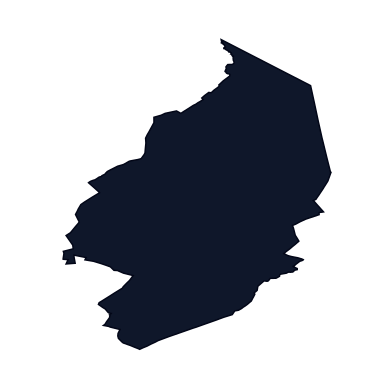 outline of Matīšu pag., Burtnieku, Latvia, rotated 348°
{"feature_id": "27541924B27185019990533", "entity_name": "Matīšu pag.", "entity_type": "district", "adm_level": 2, "iso_a3": "LVA", "parent_name": "Latvia", "parent_adm1": "Burtnieku", "projection": "equal_earth", "projection_center": [25.147, 57.72], "detail": "fine", "context": "isolated", "style": "filled", "palette": "ink", "viewbox_px": 384, "rotation_deg": 348, "n_neighbors": 0, "source": "geoboundaries", "source_scale": "gbopen_adm2", "svg_char_len": 5530}
<svg xmlns="http://www.w3.org/2000/svg" viewBox="0 0 384 384"><g transform="rotate(348 192 192)"><path d="M117.9,153.1L117.4,153.2L116.4,153.5L114.7,154.0L113.9,154.2L113.1,154.5L113.1,154.9L112.4,155.2L111.6,155.5L111.1,156.0L110.7,156.4L110.4,156.5L109.8,156.7L107.3,157.3L106.6,158.0L105.4,158.0L104.0,158.2L101.4,159.3L99.9,159.8L99.1,160.0L97.9,160.0L96.7,160.2L96.1,160.3L95.9,160.3L95.7,160.3L94.6,160.6L93.3,161.1L93.1,161.2L92.7,161.4L97.2,167.4L101.5,173.4L101.5,173.5L95.7,175.5L93.1,176.4L84.7,179.5L80.7,181.2L77.2,185.0L75.6,187.2L75.1,187.7L73.4,189.8L74.6,194.5L75.5,197.9L73.9,199.3L71.0,201.5L65.1,206.2L64.9,206.5L64.3,206.7L59.8,208.4L64.1,218.6L64.3,219.3L64.3,219.6L64.0,222.9L53.8,223.3L54.0,225.4L52.1,230.4L52.0,231.0L56.7,232.4L53.9,236.2L60.0,237.0L62.9,237.4L63.1,230.7L63.4,229.2L74.8,234.1L73.2,236.1L81.3,239.3L88.2,243.1L92.4,245.6L96.6,248.2L99.4,252.4L103.1,253.4L103.3,253.7L108.1,257.1L117.1,261.5L115.9,262.5L113.7,264.5L112.4,265.6L109.2,267.6L105.9,269.8L104.9,270.5L104.3,271.2L103.9,271.6L101.1,272.6L95.5,274.6L90.2,276.6L85.0,278.5L80.1,280.3L78.2,280.9L77.1,282.5L80.3,285.9L80.3,286.0L82.8,288.4L83.4,289.5L84.4,291.4L85.2,292.8L86.4,293.4L87.8,294.0L87.7,294.1L85.8,295.0L86.2,295.4L85.1,297.9L81.5,301.1L79.4,303.3L77.7,304.1L82.5,306.1L83.9,307.1L93.0,311.5L91.2,313.8L90.3,314.9L89.5,317.4L89.6,319.9L92.3,324.1L92.6,324.4L93.1,325.1L93.6,325.5L95.5,326.6L97.5,327.9L99.7,329.2L103.6,331.9L106.8,334.0L108.1,335.0L111.5,334.2L116.0,333.4L120.3,332.2L124.8,331.2L127.9,330.3L139.4,328.6L150.5,327.2L165.3,325.3L167.6,325.1L175.1,324.1L188.9,322.3L192.2,321.8L197.1,321.1L205.9,320.3L209.1,317.2L212.0,317.3L212.6,317.3L212.9,317.3L213.0,317.3L214.8,316.7L216.2,316.3L218.4,315.2L219.9,314.7L222.8,313.4L225.9,311.7L227.3,311.0L229.3,308.5L230.6,307.1L230.9,306.6L232.1,305.2L232.2,304.9L231.8,303.7L233.1,302.9L233.5,302.8L233.6,302.7L235.2,301.8L235.3,301.7L236.8,297.9L237.0,297.8L237.7,297.4L239.7,296.3L244.0,293.9L246.8,294.9L247.0,294.9L247.8,294.9L248.7,294.4L250.3,292.9L250.7,292.8L251.5,292.9L256.1,293.8L256.7,293.7L257.7,293.4L259.4,292.9L260.1,292.6L260.4,291.6L260.5,291.3L260.9,291.1L261.4,290.8L261.8,290.8L267.0,291.0L267.4,291.0L269.3,290.5L269.6,290.4L270.9,290.7L271.3,290.9L272.5,291.0L273.7,291.2L275.0,290.8L275.5,289.9L278.3,289.8L278.8,289.8L278.9,289.1L279.0,288.7L278.4,288.3L275.5,286.0L275.5,285.8L275.9,285.8L276.6,285.5L278.1,284.6L278.8,284.2L280.5,283.4L281.9,282.7L282.4,282.5L283.1,282.2L283.6,282.1L285.1,282.0L286.4,281.7L286.8,281.3L286.5,281.1L285.7,280.5L285.3,280.2L284.8,280.0L283.9,279.5L282.5,278.7L281.5,278.2L280.5,277.8L276.5,276.1L275.4,275.6L275.0,275.4L274.0,274.9L273.3,274.5L272.8,274.3L272.4,274.0L271.6,273.4L271.1,273.1L270.8,272.8L269.0,271.3L271.2,270.1L275.7,268.0L277.4,267.1L279.0,266.2L282.0,264.7L286.3,262.3L285.8,260.8L285.4,259.6L284.9,258.2L284.0,255.8L283.7,248.4L283.3,245.6L286.7,245.0L291.4,243.6L297.5,242.2L311.4,240.6L311.6,240.6L311.9,239.1L312.0,238.8L312.3,238.6L312.7,238.5L313.6,238.6L314.7,238.7L316.2,238.8L316.5,238.8L311.5,230.1L309.6,226.7L308.8,225.5L311.6,225.0L312.8,223.8L314.3,222.4L315.2,221.6L316.8,220.0L320.4,216.5L321.3,215.6L322.1,214.7L322.5,214.3L323.9,212.9L327.0,209.7L327.5,209.0L328.3,207.7L330.2,204.6L332.0,201.7L331.6,201.5L331.0,185.8L330.5,168.9L330.4,166.6L330.2,148.5L330.2,130.4L330.1,112.6L252.2,49.0L252.2,49.4L252.3,49.6L252.4,50.1L252.2,50.1L252.2,50.3L252.4,50.3L252.8,50.4L252.8,50.5L252.7,50.6L252.9,50.7L253.0,51.0L252.8,51.4L252.2,51.5L252.1,51.8L251.9,52.0L251.7,52.2L251.8,52.3L252.3,52.6L252.7,52.6L253.0,52.6L253.3,52.9L253.3,53.0L253.1,53.1L252.8,53.1L252.7,53.3L252.8,53.4L253.0,53.6L253.5,53.8L253.6,54.2L253.9,54.4L254.1,54.6L254.2,54.8L254.1,55.0L254.2,55.4L254.4,55.9L254.5,56.1L254.7,56.5L254.8,56.8L254.8,57.0L254.5,57.1L253.4,57.5L253.0,57.8L253.0,58.0L253.0,58.4L253.3,58.6L253.6,58.5L253.6,58.2L253.9,58.1L254.0,58.3L254.2,58.9L254.5,59.4L254.8,59.7L255.0,60.1L255.6,60.5L256.0,60.7L256.2,61.0L256.3,61.2L256.8,61.2L257.0,61.5L257.0,62.0L257.5,62.2L257.7,62.3L257.6,62.5L257.2,62.6L257.2,62.8L257.4,62.9L257.8,62.9L258.3,62.8L258.5,63.0L258.6,63.3L258.8,63.6L259.0,63.9L259.3,64.0L259.2,64.4L258.9,64.9L258.7,65.1L259.0,65.2L259.4,65.2L259.5,65.3L259.3,65.6L259.4,65.9L259.4,66.1L259.5,66.4L259.5,66.6L259.6,66.8L259.7,67.0L259.8,67.2L259.9,67.3L259.9,67.5L260.3,67.5L260.5,67.6L260.8,67.7L260.8,67.8L260.6,68.2L260.4,68.7L260.3,68.9L260.1,69.3L259.8,71.8L260.3,73.7L259.5,75.1L257.8,75.6L255.4,75.1L253.5,74.8L252.3,75.7L251.2,76.7L251.2,78.7L250.7,79.0L250.6,79.3L250.3,79.6L250.2,79.7L250.2,79.8L250.3,80.0L249.6,80.5L249.4,80.7L249.8,81.4L250.0,81.5L249.9,81.6L250.2,81.9L250.2,82.0L250.3,82.3L250.3,82.6L250.6,83.0L250.9,83.3L251.2,83.5L251.4,83.6L251.5,83.7L251.6,83.8L252.1,83.9L252.3,84.0L252.6,84.1L252.8,84.3L253.1,84.4L253.2,84.5L253.3,84.6L253.4,84.8L253.5,85.1L253.0,86.4L245.8,89.7L240.5,92.9L240.8,94.2L235.5,96.6L235.0,96.8L234.5,97.1L233.3,97.8L231.5,98.9L231.1,98.8L229.1,98.1L226.5,99.3L224.3,100.3L221.1,102.1L222.2,103.9L217.9,105.5L216.9,105.7L213.8,107.0L211.5,107.5L199.7,111.9L197.5,112.8L193.7,109.5L182.0,109.5L179.5,110.1L177.8,110.5L170.3,111.0L169.2,116.3L162.1,124.6L160.4,126.4L157.8,129.7L157.1,134.5L155.7,138.9L154.2,143.8L154.3,143.8L154.2,143.9L153.2,145.2L152.9,145.5L149.9,148.2L149.3,148.7L148.9,148.8L148.3,148.9L145.9,149.0L145.5,149.0L142.1,148.9L138.1,148.8L136.9,148.9L131.3,150.7L130.4,150.9L129.2,151.0L124.7,151.3L123.9,151.5L117.9,153.1Z" fill="#0f172a" stroke="#020617" stroke-width="1.5"/></g></svg>